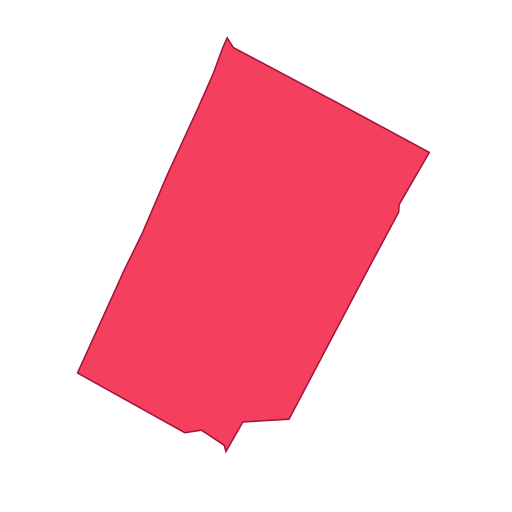 Macon, Tennessee, United States of America, rotated 291°
{"feature_id": "52423323B15880220310778", "entity_name": "Macon", "entity_type": "district", "adm_level": 2, "iso_a3": "USA", "parent_name": "United States of America", "parent_adm1": "Tennessee", "projection": "mercator", "projection_center": [-86.02, 36.526], "detail": "fine", "context": "isolated", "style": "filled", "palette": "rose", "viewbox_px": 512, "rotation_deg": 291, "n_neighbors": 0, "source": "geoboundaries", "source_scale": "gbopen_adm2", "svg_char_len": 486}
<svg xmlns="http://www.w3.org/2000/svg" viewBox="0 0 512 512"><g transform="rotate(291 256 256)"><path d="M82.8,131.3L65.5,252.8L73.8,267.5L67.9,294.2L62.6,298.0L96.3,303.2L115.5,345.3L282.1,365.2L348.0,373.5L355.2,371.2L414.8,380.7L427.2,284.9L442.5,160.0L449.4,150.9L438.1,150.3L411.1,150.7L374.4,148.9L298.7,144.0L284.7,143.5L234.7,141.6L234.3,141.5L229.8,141.1L192.5,137.7L191.4,137.8L89.7,131.7L83.3,131.3L82.8,131.3Z" fill="#f43f5e" stroke="#9f1239" stroke-width="1.5"/></g></svg>